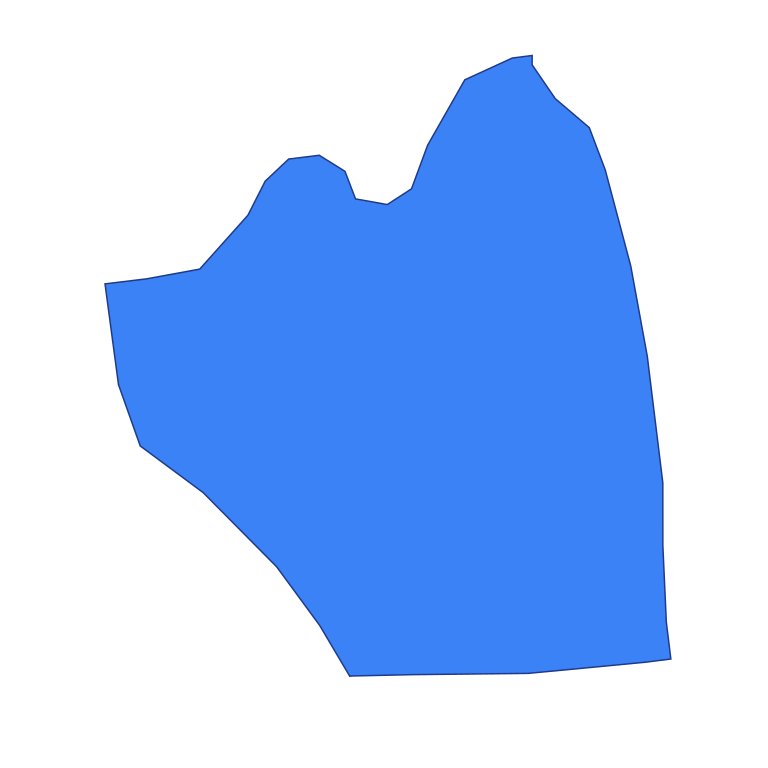 the border of Zrnovci, rotated 353°
{"feature_id": "MKD-2924", "entity_name": "Zrnovci", "entity_type": "Statistical Region", "adm_level": 1, "iso_a3": "MKD", "parent_name": "North Macedonia", "parent_adm1": "", "projection": "albers", "projection_center": [22.41, 41.829], "detail": "fine", "context": "isolated", "style": "filled", "palette": "blue", "viewbox_px": 768, "rotation_deg": 353, "n_neighbors": 0, "source": "natural_earth", "source_scale": "10m", "svg_char_len": 611}
<svg xmlns="http://www.w3.org/2000/svg" viewBox="0 0 768 768"><g transform="rotate(353 384 384)"><path d="M314.4,669.9L290.7,615.7L255.2,552.4L191.3,469.8L134.5,415.8L120.4,352.3L119.3,250.6L160.7,250.7L215.1,247.5L269.5,199.9L290.8,168.2L316.8,149.1L347.6,149.1L371.2,168.2L378.3,196.8L409.1,206.3L435.1,193.6L456.4,152.3L501.3,91.9L551.0,76.1L571.1,76.0L569.9,85.2L588.8,121.7L619.0,154.6L629.7,198.5L643.3,296.9L648.7,388.4L648.7,453.9L648.7,516.1L641.1,578.2L635.2,654.8L635.2,691.9L610.3,692.0L491.9,688.8L378.3,676.1L316.7,669.9L314.4,669.9Z" fill="#3b82f6" stroke="#1e3a8a" stroke-width="1.5"/></g></svg>